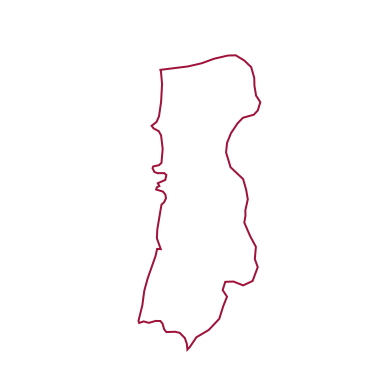 the district of Thongchon, Kangwŏn-do, North Korea, rotated 223°
{"feature_id": "82179303B46927697528233", "entity_name": "Thongchon", "entity_type": "district", "adm_level": 2, "iso_a3": "PRK", "parent_name": "North Korea", "parent_adm1": "Kangwŏn-do", "projection": "robinson", "projection_center": [127.81, 38.946], "detail": "fine", "context": "isolated", "style": "outline", "palette": "rose", "viewbox_px": 384, "rotation_deg": 223, "n_neighbors": 0, "source": "geoboundaries", "source_scale": "gbopen_adm2", "svg_char_len": 1319}
<svg xmlns="http://www.w3.org/2000/svg" viewBox="0 0 384 384"><g transform="rotate(223 192 192)"><path d="M132.9,205.3L136.7,211.1L140.5,215.0L146.2,224.7L153.8,230.5L163.4,236.3L180.7,236.4L194.1,244.2L199.9,251.9L203.6,261.6L205.5,273.3L205.4,281.0L199.5,290.7L199.5,296.5L203.3,304.3L210.9,306.2L215.3,309.6L218.6,312.1L224.3,317.9L233.9,323.7L243.6,323.8L253.2,321.8L258.0,317.1L259.0,316.0L266.8,304.4L272.7,292.8L280.5,281.2L290.2,269.6L298.4,259.8L296.6,258.7L287.5,250.5L276.1,236.9L267.8,224.9L265.7,219.1L266.7,212.9L263.6,212.3L257.8,213.8L253.2,212.3L242.9,203.6L234.2,192.5L234.4,189.2L237.8,184.2L237.1,182.5L233.2,181.0L230.1,182.2L225.3,186.8L222.4,187.0L219.8,182.6L223.0,175.1L219.9,174.1L220.9,171.4L219.9,169.4L213.5,172.5L209.6,171.9L206.7,169.6L205.4,165.2L205.7,162.0L202.4,156.9L191.8,140.9L186.1,134.2L175.9,128.9L178.7,126.6L175.0,120.3L165.6,98.8L159.7,87.5L156.5,82.9L151.0,75.2L143.3,61.3L141.3,60.2L139.1,64.4L134.3,66.9L130.6,73.0L127.1,76.1L123.7,75.6L118.8,72.6L115.2,72.1L109.0,78.3L104.9,80.6L97.6,80.3L92.2,77.4L89.2,74.8L87.9,73.6L87.9,77.2L89.7,88.9L85.7,102.4L85.6,110.2L85.6,117.9L91.2,129.6L95.0,139.3L102.7,141.2L106.4,149.0L100.6,154.8L90.9,158.6L87.0,168.3L92.7,181.9L100.3,185.8L107.9,195.5L119.4,199.4L132.9,205.3Z" fill="none" stroke="#9f1239" stroke-width="2"/></g></svg>